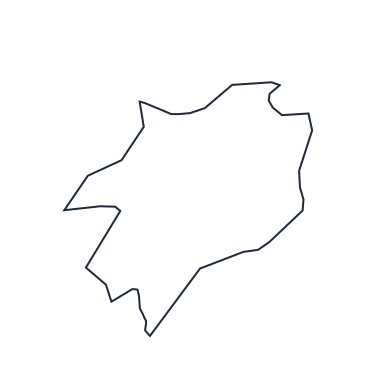 Koper, Equal Earth projection, rotated 309°
{"feature_id": "SVN-1031", "entity_name": "Koper", "entity_type": "Municipality", "adm_level": 1, "iso_a3": "SVN", "parent_name": "Slovenia", "parent_adm1": "", "projection": "equal_earth", "projection_center": [13.807, 45.513], "detail": "fine", "context": "isolated", "style": "outline", "palette": "slate", "viewbox_px": 384, "rotation_deg": 309, "n_neighbors": 0, "source": "natural_earth", "source_scale": "10m", "svg_char_len": 735}
<svg xmlns="http://www.w3.org/2000/svg" viewBox="0 0 384 384"><g transform="rotate(309 192 192)"><path d="M172.4,117.2L212.3,113.5L229.3,94.4L231.5,99.5L239.5,126.8L243.6,132.0L251.9,140.7L265.3,149.2L300.5,155.8L327.3,184.7L330.3,192.9L330.3,193.0L317.2,190.5L311.3,194.1L308.4,201.8L308.4,213.6L326.3,233.1L315.5,246.6L275.9,261.9L263.6,272.9L256.2,283.5L247.2,289.6L202.0,283.6L188.8,279.8L177.5,269.4L137.6,246.4L53.7,249.9L53.7,249.6L54.9,242.7L58.8,240.2L59.6,239.9L62.9,237.5L64.2,234.3L66.2,230.6L68.7,224.8L78.0,216.1L81.8,211.1L80.3,208.5L78.9,206.7L56.1,198.4L65.8,183.4L66.5,157.1L132.2,148.2L132.2,141.5L123.3,129.8L110.7,117.3L97.5,104.2L139.1,100.8L172.4,117.2Z" fill="none" stroke="#1e293b" stroke-width="2"/></g></svg>